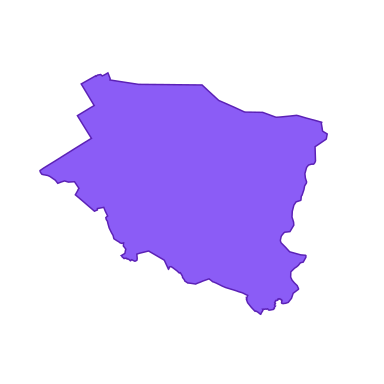 Gārsenes pag., Aknistes, Latvia (Mercator projection), rotated 168°
{"feature_id": "27541924B32403888288894", "entity_name": "Gārsenes pag.", "entity_type": "district", "adm_level": 2, "iso_a3": "LVA", "parent_name": "Latvia", "parent_adm1": "Aknistes", "projection": "mercator", "projection_center": [25.771, 56.102], "detail": "fine", "context": "isolated", "style": "filled", "palette": "violet", "viewbox_px": 384, "rotation_deg": 168, "n_neighbors": 0, "source": "geoboundaries", "source_scale": "gbopen_adm2", "svg_char_len": 5207}
<svg xmlns="http://www.w3.org/2000/svg" viewBox="0 0 384 384"><g transform="rotate(168 192 192)"><path d="M67.8,194.0L67.4,194.0L67.2,194.0L66.9,194.2L65.7,195.2L65.6,195.4L64.7,196.8L64.7,197.0L62.7,208.0L62.3,210.3L62.3,210.5L62.2,210.6L62.1,210.8L61.5,211.0L57.0,212.8L50.0,215.7L49.7,215.9L49.6,216.0L47.7,220.6L47.8,220.7L47.8,220.8L49.1,222.0L51.5,224.3L51.6,224.6L51.6,224.8L51.4,227.9L51.2,232.3L51.1,232.5L50.6,233.2L50.7,233.3L65.3,240.8L72.3,244.6L72.8,244.8L73.6,245.2L74.2,245.3L80.2,245.9L84.6,246.4L89.2,246.9L93.0,247.4L93.1,247.5L94.2,247.6L106.3,255.2L116.3,257.5L123.4,259.1L123.8,259.3L124.0,259.4L124.5,259.7L132.9,266.0L146.8,276.0L155.2,287.8L159.9,294.6L183.3,299.8L195.3,302.5L221.9,308.4L237.0,314.1L248.6,318.5L248.9,318.6L248.7,319.1L248.6,319.4L248.6,319.6L248.5,319.9L248.6,320.7L249.0,323.0L249.0,323.4L249.5,326.0L251.9,325.2L253.9,324.6L255.7,324.2L256.9,325.9L260.1,326.0L261.8,325.1L262.0,325.7L267.1,324.1L277.9,320.7L269.7,296.9L274.2,295.4L288.2,290.5L287.3,287.9L283.3,276.7L279.2,265.4L286.3,262.9L297.7,258.8L308.9,254.7L320.3,250.5L331.6,246.5L335.2,245.0L335.6,244.8L336.2,244.6L336.3,243.5L336.0,242.4L335.1,240.5L333.4,239.7L332.6,239.4L329.6,238.1L327.7,236.7L323.2,231.9L321.5,228.4L317.6,229.0L314.3,229.3L310.9,227.4L304.8,226.5L301.8,219.1L303.0,218.0L303.1,217.6L306.7,213.5L300.2,205.1L294.2,197.2L291.4,193.5L288.3,194.1L288.0,195.5L281.5,195.3L280.8,191.3L279.5,186.1L280.4,185.6L281.6,184.9L281.6,182.9L280.8,181.0L280.8,178.7L280.5,174.1L279.3,169.2L278.2,165.8L278.2,164.4L278.1,162.5L275.3,159.7L274.9,159.4L273.5,158.0L273.0,157.3L271.6,156.4L269.5,156.4L270.4,153.5L269.9,152.5L268.6,149.9L268.9,149.4L269.0,149.3L270.3,146.1L271.2,145.6L274.4,144.5L274.3,144.4L274.2,144.3L274.0,143.8L273.9,143.4L273.8,143.1L273.7,142.9L272.8,141.8L272.5,141.3L272.4,141.1L272.2,141.0L271.7,141.2L271.3,141.1L271.1,141.1L270.9,141.0L270.7,140.9L270.4,140.9L270.1,140.8L269.8,140.7L269.7,140.7L269.6,140.4L269.6,140.1L269.4,139.9L269.2,139.8L268.9,139.9L268.6,139.8L268.0,139.4L267.7,139.1L267.4,138.8L267.3,138.6L267.2,138.4L266.9,138.3L266.8,138.2L266.7,137.9L266.6,137.6L266.4,137.5L266.2,137.6L266.0,137.8L265.7,137.9L265.5,138.1L265.0,138.3L262.8,136.5L262.3,136.2L261.7,136.2L261.0,136.4L260.6,136.5L260.4,136.6L260.2,136.6L260.1,136.8L259.7,137.5L259.4,138.5L258.9,142.7L256.0,143.0L246.9,143.3L246.5,143.2L246.3,142.9L233.5,131.3L233.4,131.0L233.2,130.7L231.1,121.4L230.9,121.5L230.7,121.6L230.5,121.8L230.4,121.9L230.4,122.0L230.4,122.3L230.3,122.5L230.2,122.6L229.9,122.9L229.7,123.2L229.7,123.3L228.0,123.4L226.4,121.8L223.1,118.0L221.3,115.4L220.2,115.5L218.9,111.8L219.0,110.3L217.7,107.7L217.6,106.5L215.0,103.8L214.0,103.6L213.5,103.4L211.8,102.8L207.5,101.2L206.4,101.5L204.1,101.9L203.1,102.0L202.1,102.2L200.6,102.5L200.2,102.6L193.4,103.5L191.5,101.3L190.9,100.5L190.3,99.8L189.6,99.5L187.3,97.9L184.6,95.8L181.9,93.6L180.0,92.3L179.2,91.7L178.7,91.4L177.4,90.7L174.0,88.8L172.3,87.9L169.0,86.0L167.3,84.9L164.0,83.1L162.6,82.1L160.8,80.6L159.0,79.3L160.4,77.1L160.6,77.1L160.6,76.9L160.6,76.7L160.7,76.8L160.7,76.7L160.8,76.5L160.9,76.4L161.1,75.6L160.6,72.1L157.9,66.7L155.2,62.3L155.1,62.2L154.8,62.3L154.5,62.4L152.9,61.1L152.7,60.9L152.5,60.7L152.4,60.5L152.2,60.3L152.0,60.2L151.8,59.8L151.5,59.5L151.4,59.3L151.2,59.0L151.1,58.9L150.9,58.7L150.6,58.4L150.4,58.2L150.2,58.1L150.0,58.3L149.9,58.6L149.6,58.9L149.3,59.2L149.2,59.5L148.8,59.9L148.6,60.0L148.3,60.3L148.0,60.6L147.1,61.7L147.1,62.1L147.3,62.6L146.7,62.5L146.2,62.5L145.8,62.4L145.5,62.2L145.0,62.2L144.6,62.3L144.3,62.2L143.6,61.9L143.3,62.0L142.6,61.9L142.5,62.0L142.2,61.9L142.0,61.4L141.9,61.1L141.5,60.6L140.5,60.3L136.9,60.2L136.7,60.3L136.6,60.5L136.4,60.6L136.2,60.6L136.0,60.8L136.0,61.0L135.9,61.1L135.6,61.2L135.6,61.6L135.6,61.8L135.2,62.1L135.0,62.4L134.8,62.6L134.7,62.7L134.4,62.8L134.1,63.1L134.4,63.3L134.5,63.3L134.7,63.9L134.8,64.4L134.6,64.7L134.5,64.8L134.2,65.0L133.8,65.2L133.7,65.2L133.6,65.4L133.5,65.6L133.5,65.8L134.0,66.0L134.1,66.9L133.9,67.0L133.2,67.6L133.0,68.2L132.8,68.4L132.7,68.5L131.9,68.2L131.6,68.3L130.9,68.3L130.6,68.4L130.5,68.5L130.9,68.8L130.8,69.0L130.5,69.1L130.2,69.4L129.7,69.6L129.4,69.3L129.2,69.2L128.6,69.4L128.4,69.4L128.3,68.9L127.5,68.7L127.3,68.2L126.8,67.9L126.7,67.7L127.0,67.7L127.1,67.0L126.9,66.5L127.1,65.7L127.5,65.0L127.4,64.7L127.2,64.4L126.6,64.1L126.2,63.9L125.7,63.8L125.3,63.9L124.8,63.8L124.1,63.7L123.9,63.7L123.2,63.7L120.8,64.0L116.8,67.3L114.1,71.9L108.1,74.7L107.9,75.4L108.6,78.6L110.8,81.9L112.4,84.9L112.5,85.2L113.2,88.2L112.0,93.1L111.7,93.5L107.6,96.1L107.1,96.3L105.1,97.1L103.3,98.1L100.7,100.2L97.8,100.3L94.2,104.4L94.1,104.8L93.8,106.1L94.1,106.5L96.7,107.3L98.7,107.9L108.9,113.2L110.1,115.2L111.5,117.6L111.7,118.0L115.5,123.9L115.7,126.0L115.4,126.9L114.1,129.8L113.3,130.8L111.3,132.4L110.5,133.0L109.5,133.4L108.0,133.2L105.6,133.0L104.5,132.9L104.4,132.9L102.8,134.6L99.3,138.4L98.9,141.4L99.4,146.7L97.9,152.3L95.1,157.9L93.6,159.4L92.2,160.7L87.5,161.2L87.1,161.5L86.0,165.1L85.0,166.0L82.0,171.1L80.6,174.5L78.2,177.0L77.8,178.1L78.2,182.0L77.8,186.1L77.7,186.6L74.8,192.2L72.5,194.1L69.4,194.4L68.4,194.2L67.8,194.0Z" fill="#8b5cf6" stroke="#5b21b6" stroke-width="1.5"/></g></svg>